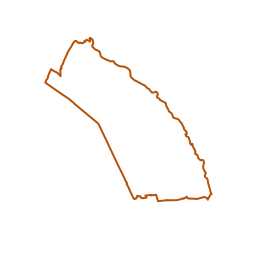 Bilca, Suceava, Romania, rotated 240°
{"feature_id": "2599482B24007867343971", "entity_name": "Bilca", "entity_type": "district", "adm_level": 2, "iso_a3": "ROU", "parent_name": "Romania", "parent_adm1": "Suceava", "projection": "natural_earth1", "projection_center": [25.771, 47.929], "detail": "fine", "context": "isolated", "style": "outline", "palette": "amber", "viewbox_px": 256, "rotation_deg": 240, "n_neighbors": 0, "source": "geoboundaries", "source_scale": "gbopen_adm2", "svg_char_len": 5747}
<svg xmlns="http://www.w3.org/2000/svg" viewBox="0 0 256 256"><g transform="rotate(240 128 128)"><path d="M224.9,140.3L225.0,139.8L225.0,139.7L224.9,139.6L224.7,139.5L224.0,139.7L223.8,139.7L223.5,139.6L223.3,139.5L223.0,139.2L222.8,139.1L222.5,138.9L222.4,138.7L222.2,138.4L222.7,138.4L222.9,138.4L223.0,138.2L223.2,137.9L223.3,137.7L223.3,137.4L224.0,137.1L224.4,136.8L224.6,136.5L225.0,136.2L225.0,133.9L224.2,134.0L224.2,132.2L224.2,131.3L224.1,130.9L225.0,130.1L225.5,129.7L225.6,129.2L226.5,128.1L226.3,127.9L226.5,127.7L227.0,127.4L227.3,127.4L228.4,126.9L228.7,126.8L229.3,126.7L229.7,126.1L229.8,125.4L229.8,125.0L229.5,124.4L229.3,124.0L229.2,123.8L229.1,123.3L229.0,123.1L228.9,123.0L228.7,122.5L227.5,120.7L226.0,117.9L225.3,116.5L224.6,115.3L224.5,115.0L222.7,112.2L222.2,111.7L221.7,111.0L220.3,109.1L219.7,108.2L217.7,105.4L217.4,105.1L217.2,105.0L216.9,104.6L216.6,104.3L216.5,104.1L216.2,103.8L216.1,103.6L216.0,103.3L214.5,100.9L214.3,100.4L213.9,100.3L212.8,100.3L212.6,99.4L212.6,98.7L210.6,97.6L206.8,95.7L207.0,95.5L207.5,95.3L210.7,94.5L210.9,94.6L211.2,94.4L212.8,93.3L215.1,91.9L216.5,91.2L217.1,90.9L217.3,90.8L216.8,90.1L216.6,89.7L216.1,89.2L214.8,87.1L213.0,84.9L212.6,84.4L211.8,83.8L211.2,83.2L211.0,82.8L210.4,81.2L209.1,79.7L208.6,79.1L193.1,86.3L183.1,91.2L176.7,93.6L176.4,93.5L146.6,104.5L126.0,102.9L109.6,101.5L99.6,100.7L89.9,100.1L83.6,99.5L83.4,99.4L82.4,99.6L81.1,99.6L80.7,99.4L80.4,98.9L78.2,98.8L76.9,98.7L75.8,98.7L74.6,98.5L73.8,98.4L72.5,98.3L71.2,98.2L70.2,98.1L63.8,97.6L63.3,98.3L63.0,99.0L62.9,99.2L62.9,99.5L63.4,100.2L63.4,100.7L63.5,101.2L63.7,101.7L64.1,102.0L64.5,102.1L64.4,102.4L63.9,102.8L63.4,103.5L63.1,103.9L63.0,104.2L62.8,104.4L62.4,104.4L61.8,104.4L61.0,104.4L60.6,104.8L60.1,105.2L59.9,105.4L59.6,106.1L59.5,106.3L59.0,107.8L58.6,109.1L60.7,109.4L58.6,114.4L58.1,114.3L56.1,118.9L54.5,118.5L49.5,117.5L47.3,122.8L47.2,122.9L45.7,126.4L45.4,126.3L43.3,130.3L42.3,131.9L41.7,133.1L41.0,134.7L40.3,136.9L40.1,137.5L39.8,139.6L39.6,140.5L39.3,140.6L38.9,140.7L38.9,141.1L39.0,142.2L39.1,144.0L39.0,144.5L37.6,144.4L37.2,144.6L37.0,144.8L36.7,145.1L33.3,150.6L32.4,151.6L32.2,151.9L32.0,152.5L31.1,156.0L30.8,156.7L30.7,157.8L30.0,159.7L27.8,161.4L26.4,161.2L26.2,161.3L28.8,165.6L29.1,166.2L29.1,167.3L31.4,167.5L32.5,167.8L34.0,168.4L36.8,169.0L38.4,169.4L41.4,170.3L43.7,171.2L44.4,171.2L45.6,170.9L46.2,170.6L46.5,170.4L47.1,170.3L47.5,170.4L48.2,170.7L48.8,171.1L49.1,171.4L49.4,171.7L49.6,172.2L49.8,172.5L50.0,172.7L50.7,172.9L51.8,172.9L54.5,172.8L55.9,173.2L56.5,173.5L57.4,174.1L58.1,174.7L59.3,175.8L59.8,176.4L60.2,176.7L60.8,176.8L61.6,176.9L62.0,176.9L62.4,176.9L62.8,176.8L63.1,176.5L63.4,175.9L63.5,175.6L63.5,175.4L63.5,175.1L63.8,174.8L65.2,174.2L66.2,173.9L67.1,173.8L67.8,173.9L69.0,174.4L69.4,174.5L69.7,174.5L70.3,174.4L70.8,174.2L71.1,174.1L71.6,173.4L71.8,173.4L72.2,173.5L72.5,173.6L73.2,174.1L73.6,174.4L73.9,174.5L74.4,174.7L76.0,175.0L76.6,174.9L77.2,174.8L77.6,174.8L78.1,174.9L78.7,175.0L79.3,175.0L79.8,174.9L80.2,174.9L80.4,174.9L80.6,175.1L81.2,175.5L81.5,175.7L81.8,175.8L82.1,175.8L82.2,175.6L82.3,175.4L82.1,175.0L81.9,174.7L82.1,174.4L82.4,174.2L82.8,174.1L83.4,174.1L83.8,174.2L84.2,174.4L84.9,174.7L85.7,175.0L86.4,175.1L86.9,175.1L87.3,175.2L88.0,175.4L88.6,175.5L88.8,175.6L89.1,175.7L89.5,175.7L89.9,175.6L90.6,175.3L91.3,174.7L91.6,174.4L91.8,174.3L92.2,174.3L93.0,174.4L93.5,174.5L93.8,174.7L93.9,175.0L93.9,175.5L93.7,175.8L93.7,176.1L93.9,176.3L94.2,176.4L94.6,176.5L95.6,176.7L96.0,176.6L96.4,176.6L96.9,176.3L97.3,176.2L98.9,176.1L99.6,176.1L100.1,176.5L100.8,176.5L101.3,176.5L102.6,176.6L104.7,176.8L105.5,176.8L106.2,176.5L109.6,176.1L110.1,176.0L110.5,175.8L112.0,174.5L112.8,173.7L113.6,173.0L114.3,172.6L114.6,172.6L115.0,172.5L115.4,172.6L116.0,172.7L117.3,172.9L118.3,173.0L118.6,173.1L118.9,173.0L119.3,172.9L120.0,172.7L121.7,171.9L122.2,171.8L123.0,171.9L125.9,172.2L127.7,172.2L128.1,172.3L128.6,172.4L128.9,172.4L129.8,172.9L130.1,173.0L130.5,173.1L130.9,173.0L132.3,172.3L135.3,170.3L135.6,170.1L136.4,169.9L137.2,169.8L137.6,169.7L138.3,169.4L139.0,169.0L140.1,168.5L140.4,168.7L141.3,169.3L141.7,170.0L141.8,170.3L141.9,170.5L142.1,170.6L142.5,170.7L143.2,170.8L143.7,170.9L144.2,170.9L144.6,170.8L145.0,170.6L145.2,170.4L145.5,170.2L145.6,169.8L145.8,168.6L146.0,167.8L146.1,167.2L146.3,166.9L146.7,166.6L147.5,166.2L148.1,166.1L148.7,166.0L149.4,165.9L150.1,165.9L150.7,165.8L151.2,165.7L151.8,165.3L152.7,164.8L153.9,164.3L154.5,164.1L155.0,164.1L155.5,164.0L156.1,163.9L156.4,163.7L156.8,163.5L158.2,162.5L159.0,162.0L159.6,161.6L160.6,161.1L161.6,160.5L162.8,159.5L164.0,159.1L164.3,158.8L164.7,158.6L165.3,158.0L165.6,157.9L166.7,157.2L167.5,157.1L167.8,157.0L168.6,156.6L170.1,156.2L170.9,156.1L171.6,156.2L172.2,156.3L172.7,156.5L173.2,157.1L173.5,157.2L174.0,157.3L174.6,157.6L175.5,158.0L176.1,158.2L176.7,158.4L177.1,158.4L177.5,158.3L178.8,157.9L179.3,157.8L179.7,157.7L180.3,157.3L182.7,155.7L183.1,155.3L183.7,154.4L185.0,152.5L185.6,151.8L185.8,151.6L186.3,151.3L187.0,150.7L187.5,150.3L187.9,150.1L188.1,150.1L188.8,149.6L190.1,149.1L190.7,148.9L191.2,148.9L192.2,149.0L192.7,149.0L192.9,148.8L193.1,148.6L193.3,148.3L193.6,147.8L193.9,147.3L194.1,146.7L194.2,146.4L194.9,145.9L196.4,144.7L199.2,142.5L199.4,142.4L199.7,142.3L200.0,142.1L200.9,141.5L201.8,141.0L202.6,140.6L203.0,140.5L203.5,140.4L203.9,140.4L205.0,140.7L206.0,141.0L207.2,141.4L207.8,141.4L208.6,141.4L209.0,141.3L209.3,141.2L211.1,139.8L211.4,139.7L211.9,139.2L212.3,138.9L212.7,138.7L213.9,138.5L214.9,138.2L215.8,137.9L216.5,137.7L216.8,137.9L217.1,138.1L217.8,139.0L218.4,139.9L218.6,140.1L219.2,140.4L221.5,141.3L221.9,141.4L222.2,141.4L223.9,140.9L224.6,140.6L224.9,140.3Z" fill="none" stroke="#b45309" stroke-width="2"/></g></svg>